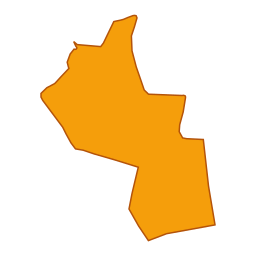 the district of Gala'a Al Nahal, Gedarif, Sudan
{"feature_id": "16777658B80324044236150", "entity_name": "Gala'a Al Nahal", "entity_type": "district", "adm_level": 2, "iso_a3": "SDN", "parent_name": "Sudan", "parent_adm1": "Gedarif", "projection": "robinson", "projection_center": [35.033, 13.356], "detail": "fine", "context": "isolated", "style": "filled", "palette": "amber", "viewbox_px": 256, "rotation_deg": 0, "n_neighbors": 0, "source": "geoboundaries", "source_scale": "gbopen_adm2", "svg_char_len": 889}
<svg xmlns="http://www.w3.org/2000/svg" viewBox="0 0 256 256"><path d="M113.8,21.6L103.4,43.1L100.7,46.6L77.2,44.6L73.7,41.6L75.9,46.3L76.6,47.2L76.9,48.0L76.1,49.2L75.0,49.4L74.1,49.1L70.2,54.0L67.2,62.2L68.4,67.0L68.9,68.4L63.9,73.7L60.4,77.4L55.1,83.2L54.1,83.9L46.9,87.7L41.0,93.4L41.0,97.1L42.8,100.5L62.7,127.2L66.1,134.0L71.0,142.9L75.5,148.9L83.2,150.2L87.6,151.7L94.4,154.0L114.5,159.8L138.3,167.2L136.9,173.0L132.0,193.6L129.0,209.0L138.6,226.0L148.4,240.6L166.5,233.7L215.0,224.9L215.0,224.7L208.5,186.0L203.3,139.5L186.6,138.7L182.6,137.9L179.2,131.7L179.7,124.7L183.2,111.9L185.5,97.7L185.5,96.7L185.1,95.8L183.6,95.3L182.1,95.5L148.5,94.2L144.2,90.0L139.4,76.0L138.7,74.0L136.2,66.8L132.0,50.8L131.4,35.9L134.4,26.9L137.0,17.9L136.1,15.7L134.6,15.4L133.0,15.6L127.6,17.6L123.4,19.4L120.3,20.2L115.5,21.2L113.8,21.6Z" fill="#f59e0b" stroke="#b45309" stroke-width="1.5"/></svg>